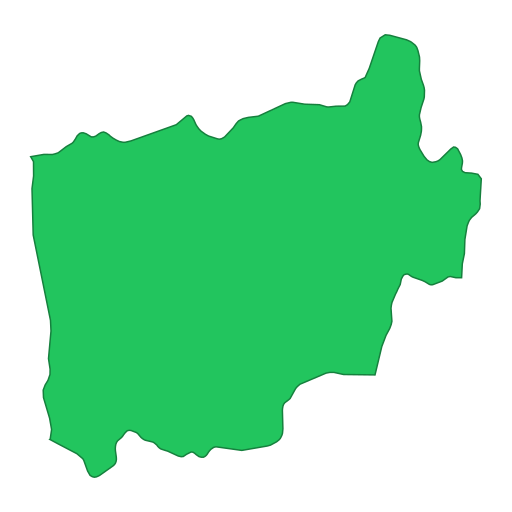 the border of Ratchaburi
{"feature_id": "THA-421", "entity_name": "Ratchaburi", "entity_type": "Province", "adm_level": 1, "iso_a3": "THA", "parent_name": "Thailand", "parent_adm1": "", "projection": "robinson", "projection_center": [99.634, 13.544], "detail": "fine", "context": "isolated", "style": "filled", "palette": "green", "viewbox_px": 512, "rotation_deg": 0, "n_neighbors": 0, "source": "natural_earth", "source_scale": "10m", "svg_char_len": 3358}
<svg xmlns="http://www.w3.org/2000/svg" viewBox="0 0 512 512"><path d="M49.8,439.4L50.2,439.1L51.6,429.5L49.6,418.2L43.5,397.6L43.2,390.1L45.2,384.9L48.0,380.3L50.0,374.5L50.1,369.2L48.5,358.6L51.0,331.0L50.5,320.4L33.2,235.0L32.0,188.6L33.6,176.0L33.5,161.6L30.7,156.7L43.9,154.4L52.4,154.5L54.9,153.9L58.2,152.8L66.3,146.6L72.2,143.2L73.4,142.0L75.4,139.0L77.2,135.8L79.6,133.5L81.2,132.9L83.3,132.8L86.2,133.8L91.3,136.9L93.5,136.9L95.8,136.1L99.1,133.7L101.3,132.5L103.6,132.0L106.0,132.9L109.0,134.9L110.2,136.1L112.9,138.1L116.1,140.0L119.3,141.5L123.1,142.3L125.1,142.3L131.0,140.9L176.3,124.7L186.8,115.9L188.5,115.4L191.3,116.3L192.6,117.8L193.7,119.6L195.9,124.5L196.8,126.0L198.8,128.8L201.1,131.2L205.4,134.3L208.5,136.0L217.3,138.8L219.3,139.2L221.6,138.7L224.6,137.0L233.3,127.8L236.2,123.6L238.5,121.0L240.5,119.9L243.2,118.6L248.3,117.4L258.3,116.2L285.4,103.6L290.9,102.3L293.0,102.3L304.7,104.2L319.4,104.7L326.8,106.9L328.7,107.0L336.2,106.2L345.1,106.1L347.5,104.6L349.8,101.9L355.2,84.8L356.4,82.8L358.1,80.9L361.6,79.1L364.5,77.9L365.2,77.4L369.3,68.2L378.3,41.7L380.1,38.0L385.2,34.8L389.9,35.3L406.5,39.8L409.9,41.3L411.3,42.1L415.2,45.2L416.7,47.3L417.9,50.5L419.5,57.0L419.7,60.8L419.4,68.5L419.4,70.8L421.3,79.3L423.4,85.1L424.1,87.6L424.5,90.2L424.3,96.9L423.9,99.0L421.1,107.5L419.4,114.8L419.4,116.9L419.8,119.2L420.6,122.0L421.5,126.6L421.5,128.9L421.4,131.1L420.6,135.3L418.3,142.8L418.2,144.7L418.8,147.0L419.9,149.5L424.1,156.4L427.1,160.0L429.5,161.6L432.1,162.4L436.0,161.7L438.2,160.8L440.0,159.6L450.8,149.0L453.6,147.0L455.5,147.3L457.6,148.8L460.6,154.5L461.9,157.9L462.5,160.9L462.4,163.0L461.6,167.3L461.4,169.4L462.5,171.4L465.1,172.7L471.5,173.1L477.9,174.3L481.3,178.8L480.0,200.8L480.2,204.1L479.6,208.7L477.5,211.9L475.8,213.8L471.6,217.4L469.5,220.1L468.7,221.7L467.1,225.8L464.9,239.4L464.4,253.6L462.3,263.9L461.6,277.7L455.8,277.7L450.3,276.5L448.1,276.9L442.2,281.1L432.7,284.7L431.0,284.8L429.4,284.4L425.0,281.7L422.2,280.4L413.0,277.2L411.4,276.4L408.7,274.5L407.5,274.0L406.2,274.1L405.0,274.4L403.8,274.9L402.7,276.4L401.3,279.1L400.2,284.5L397.9,289.0L396.6,292.0L395.6,293.9L392.0,302.4L391.4,305.1L391.0,308.2L391.9,321.3L391.2,324.5L389.7,328.5L386.0,335.4L381.8,346.5L375.0,374.9L343.6,374.5L334.0,372.4L329.8,372.4L326.1,373.1L300.0,384.2L297.4,386.5L296.2,387.8L295.3,389.1L290.1,398.5L288.9,399.6L284.8,402.7L283.8,404.0L283.0,405.9L282.6,408.0L282.4,410.2L282.9,428.8L282.5,433.2L281.9,435.2L281.1,436.9L280.3,438.4L279.2,439.7L276.6,441.8L270.5,445.1L267.3,446.0L241.8,450.4L216.0,446.8L213.8,447.3L211.0,449.2L209.5,450.8L208.3,452.4L207.4,453.9L206.3,455.3L205.0,456.4L203.5,457.2L201.3,457.2L199.0,456.6L196.3,454.7L194.7,453.3L193.0,452.2L191.1,452.0L186.5,454.3L183.3,456.5L181.2,456.7L178.2,456.0L167.6,451.1L165.5,450.5L160.7,448.9L159.1,447.7L157.8,446.4L156.8,445.0L154.2,442.8L152.7,442.0L145.2,440.2L143.6,439.4L142.3,438.5L141.0,437.4L137.7,433.5L136.3,432.5L131.1,430.5L129.2,430.3L127.3,430.7L125.2,432.7L123.7,434.6L122.5,436.4L121.4,437.6L117.6,440.8L116.6,442.3L115.9,444.0L115.5,446.0L115.3,448.3L115.4,450.6L116.3,457.2L116.4,459.3L116.1,461.3L115.5,463.0L114.6,464.4L113.4,465.6L99.6,475.4L98.0,476.2L96.3,476.9L94.3,477.2L92.3,476.7L90.1,475.4L87.6,471.0L83.8,460.4L82.8,458.7L76.9,453.7L58.0,443.8L49.8,439.4Z" fill="#22c55e" stroke="#15803d" stroke-width="1.5"/></svg>